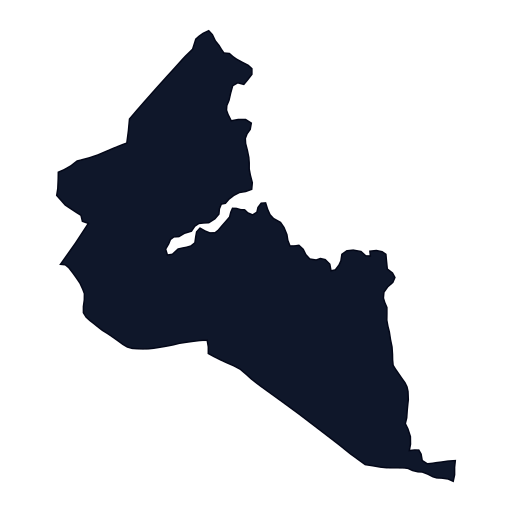 Jomvu, Coast, Kenya
{"feature_id": "3690345B21268923503814", "entity_name": "Jomvu", "entity_type": "district", "adm_level": 2, "iso_a3": "KEN", "parent_name": "Kenya", "parent_adm1": "Coast", "projection": "robinson", "projection_center": [39.609, -3.99], "detail": "fine", "context": "isolated", "style": "filled", "palette": "ink", "viewbox_px": 512, "rotation_deg": 0, "n_neighbors": 0, "source": "geoboundaries", "source_scale": "gbopen_adm2", "svg_char_len": 3311}
<svg xmlns="http://www.w3.org/2000/svg" viewBox="0 0 512 512"><path d="M453.2,481.3L454.6,474.8L454.6,467.2L455.3,460.6L447.9,461.1L441.1,462.1L436.6,462.6L432.4,463.3L427.3,463.8L422.2,460.5L421.1,454.1L418.8,450.1L414.5,450.0L409.3,450.6L410.5,444.2L410.4,436.6L407.9,428.9L405.3,423.6L406.7,417.9L407.2,410.5L407.8,404.2L408.3,399.7L408.0,391.5L407.0,386.9L405.0,382.8L401.5,377.9L398.0,372.8L395.3,368.9L393.1,365.3L392.6,359.9L392.5,354.4L392.0,346.9L390.5,339.6L389.3,331.8L387.9,326.3L386.8,320.2L386.9,313.9L386.9,307.5L384.7,302.4L383.4,298.1L383.9,292.2L387.8,286.7L392.8,282.4L394.9,277.5L392.5,273.0L387.3,269.0L386.4,260.1L385.9,254.3L382.1,251.7L376.3,250.5L369.9,251.2L370.4,256.0L365.8,255.9L361.0,251.5L353.2,250.1L346.8,250.8L341.9,254.3L340.9,260.9L339.0,265.0L335.3,269.9L331.0,270.8L329.8,264.2L325.2,259.6L320.4,258.5L316.2,260.0L309.8,259.0L305.8,254.6L303.2,249.3L298.9,245.3L295.0,245.9L290.0,246.0L287.8,240.3L286.9,234.6L284.0,227.5L280.5,222.4L273.5,218.5L270.0,214.7L267.6,209.3L265.6,202.9L261.2,203.2L258.0,207.4L256.9,212.2L252.6,214.9L247.7,212.8L244.6,209.8L240.8,209.7L236.3,208.4L232.5,208.3L230.8,212.2L229.6,217.0L225.6,221.7L221.8,226.0L218.3,230.2L215.0,232.8L209.8,232.9L205.1,231.0L200.0,228.1L196.6,231.9L195.7,237.0L194.9,242.8L190.9,246.0L186.4,247.3L182.6,248.0L178.1,249.0L172.4,254.3L167.4,255.0L165.6,249.1L168.7,243.8L170.4,239.5L173.8,236.9L178.9,236.6L184.4,233.3L191.4,231.2L194.8,226.2L198.8,223.5L203.2,223.0L208.8,222.7L214.9,218.8L218.9,214.1L219.4,208.8L221.3,204.1L225.4,203.3L228.9,199.2L233.8,195.4L239.4,192.5L245.7,191.5L251.7,189.3L252.3,182.7L250.3,175.0L249.2,169.1L249.2,162.9L248.8,157.5L247.4,150.5L245.6,143.5L245.3,138.4L247.1,133.7L250.2,129.4L251.3,123.1L245.6,119.5L238.1,119.5L231.2,120.8L228.0,114.4L226.5,110.2L226.8,105.6L229.0,100.3L230.7,92.9L232.7,85.7L237.7,82.8L243.8,84.4L247.8,79.6L251.9,74.3L251.9,68.7L248.2,65.3L242.3,62.3L236.6,59.2L232.9,56.6L229.4,53.5L223.9,53.0L221.4,49.4L219.1,45.6L215.3,40.8L212.4,34.7L208.7,30.7L203.2,33.3L199.2,36.1L195.8,39.1L194.4,43.6L192.6,49.2L188.6,53.1L185.5,56.1L182.5,59.3L178.3,64.0L174.5,68.2L170.7,72.4L167.2,76.2L155.5,89.2L144.6,101.5L137.0,110.2L129.5,119.0L128.4,130.9L126.8,143.1L123.1,144.4L114.3,147.9L107.5,150.8L102.6,152.9L97.7,155.0L89.0,157.9L77.1,161.0L70.8,165.9L63.9,169.8L58.3,172.2L58.2,179.0L57.8,188.5L56.7,195.4L65.3,205.1L76.5,212.5L81.0,215.3L82.4,221.3L88.4,223.4L75.5,243.1L60.5,264.3L65.3,264.8L68.8,267.7L72.9,273.0L76.2,277.6L80.0,283.2L82.8,289.3L84.4,293.6L84.3,300.0L83.4,306.5L83.4,312.7L86.2,317.2L90.1,320.7L94.0,323.7L97.3,326.4L102.3,330.3L107.5,333.5L113.8,337.8L119.1,341.6L122.9,344.4L127.3,347.0L132.2,348.4L136.8,348.7L142.8,348.9L148.4,348.8L153.3,348.3L157.8,347.6L163.9,346.6L168.9,345.7L173.4,344.8L179.3,343.3L187.4,342.1L193.3,341.3L198.9,340.6L203.0,340.3L207.2,340.3L208.3,346.9L208.3,353.5L213.8,356.5L221.0,360.1L226.9,362.8L233.6,365.7L240.2,369.2L246.1,374.2L251.5,379.1L257.0,383.4L261.4,386.7L280.1,400.2L298.7,413.8L303.3,417.3L318.6,429.0L338.4,444.2L350.6,454.0L365.2,464.6L372.4,465.7L380.4,467.1L386.2,467.7L392.3,467.8L397.8,467.8L404.2,467.9L408.0,468.4L412.5,470.5L417.9,471.8L422.2,472.0L427.7,474.1L433.0,476.8L436.8,477.9L441.7,478.1L448.1,479.0L453.2,481.3Z" fill="#0f172a" stroke="#020617" stroke-width="1.5"/></svg>